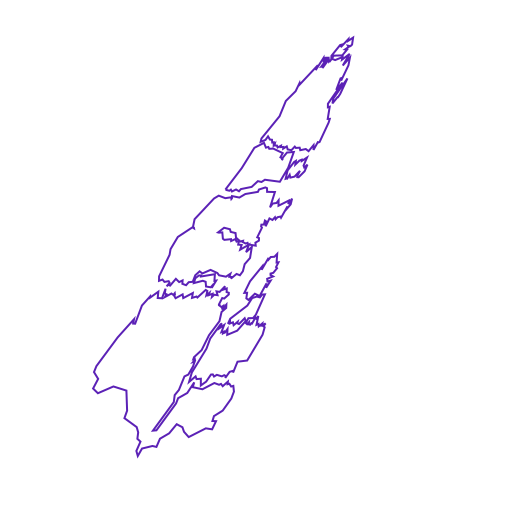 Aure nor, Møre og Romsdal, Norway (Natural Earth projection), rotated 131°
{"feature_id": "86288312B29042304945393", "entity_name": "Aure nor", "entity_type": "district", "adm_level": 2, "iso_a3": "NOR", "parent_name": "Norway", "parent_adm1": "Møre og Romsdal", "projection": "natural_earth1", "projection_center": [8.387, 63.283], "detail": "fine", "context": "isolated", "style": "outline", "palette": "violet", "viewbox_px": 512, "rotation_deg": 131, "n_neighbors": 0, "source": "geoboundaries", "source_scale": "gbopen_adm2", "svg_char_len": 6108}
<svg xmlns="http://www.w3.org/2000/svg" viewBox="0 0 512 512"><g transform="rotate(131 256 256)"><path d="M415.6,175.4L406.9,177.8L409.1,180.6L404.4,182.7L394.5,179.7L379.8,181.1L372.8,183.7L368.9,187.9L370.8,189.1L369.9,192.3L371.4,193.3L369.3,194.8L376.1,195.7L375.5,198.5L377.4,199.4L379.2,204.1L391.7,209.0L396.5,217.7L391.9,219.7L404.5,218.0L414.4,221.5L419.7,219.6L452.9,216.8L455.4,219.2L420.2,222.2L414.3,226.1L407.7,226.3L393.8,231.0L389.9,229.3L380.6,231.1L375.9,233.0L377.3,233.9L374.5,233.9L373.7,234.9L375.0,235.6L373.0,236.4L362.7,235.3L346.6,239.5L329.2,240.8L320.8,245.3L314.8,244.4L312.1,246.5L318.7,246.6L315.4,248.1L317.2,248.6L317.4,251.4L316.0,251.7L316.6,251.7L317.0,252.1L316.9,252.2L309.9,253.9L309.0,252.1L302.9,251.3L301.6,252.4L302.5,254.5L299.7,256.8L302.6,258.5L299.1,259.5L307.0,259.9L308.6,262.6L310.8,259.3L312.6,262.1L315.8,262.4L313.0,264.0L316.6,266.0L314.3,267.0L318.3,267.6L314.3,269.8L314.6,271.7L325.8,273.0L325.6,274.3L329.6,276.8L325.4,279.4L335.5,283.3L333.1,286.2L340.6,289.0L339.6,291.9L338.4,291.8L337.4,292.9L339.6,292.8L339.8,295.2L346.7,297.8L343.6,298.4L344.1,300.3L340.0,302.8L349.6,299.2L352.2,302.6L347.0,306.3L356.9,308.6L356.0,309.4L368.2,309.6L386.4,302.8L387.6,304.4L383.7,306.6L408.2,307.0L443.8,304.2L449.9,302.1L452.3,294.5L462.9,292.0L463.3,285.3L448.0,278.0L442.6,265.5L457.3,251.8L464.7,248.9L463.4,233.8L466.4,229.2L471.8,225.6L471.9,221.4L481.6,218.4L484.5,214.0L476.1,215.7L467.3,209.5L465.4,205.9L456.9,208.6L446.8,205.2L435.0,205.5L433.5,199.2L435.9,195.0L436.8,188.0L419.0,180.8L415.6,175.4ZM223.4,272.5L223.2,270.6L227.3,268.2L218.8,270.5L218.0,267.2L214.3,267.1L215.4,265.3L212.6,265.2L210.2,263.4L210.7,262.2L197.9,264.8L199.6,263.7L194.3,263.7L189.0,266.4L195.6,265.7L192.6,267.6L203.3,272.0L199.1,275.5L202.5,275.3L205.5,277.8L210.1,277.3L195.3,283.7L200.3,289.7L197.6,292.2L198.1,293.9L203.9,297.4L206.3,296.6L216.2,304.7L222.8,306.9L226.5,313.4L228.3,312.0L229.1,312.0L228.0,313.3L232.5,317.1L234.9,323.7L240.1,325.4L268.5,326.5L276.0,322.3L275.4,321.4L275.8,320.9L276.1,322.8L292.9,327.5L306.9,325.0L311.8,322.0L334.9,315.8L338.4,312.9L335.1,311.1L335.6,308.1L332.3,305.4L332.9,303.6L337.5,303.6L335.1,303.2L334.7,301.4L325.8,301.5L326.1,296.9L322.6,295.4L325.3,293.3L323.9,289.6L319.9,289.6L317.0,286.8L310.4,289.2L304.6,288.5L304.3,285.0L296.3,281.2L294.2,274.0L294.8,271.2L291.3,265.1L286.2,263.7L289.2,262.5L287.8,260.6L289.5,260.1L282.3,258.9L281.1,255.5L276.1,255.9L269.6,259.2L261.4,259.2L251.9,265.1L259.6,266.0L252.1,268.8L261.6,272.1L257.1,274.1L259.1,276.9L255.8,278.8L257.9,280.1L256.8,282.7L261.0,284.6L259.7,285.9L264.6,290.5L264.7,292.3L260.3,296.9L262.7,299.3L263.1,300.1L255.6,298.6L252.9,293.2L254.4,290.9L252.1,286.5L255.2,283.2L255.4,277.4L253.1,275.8L254.2,275.3L253.3,271.9L251.6,271.0L252.4,269.5L248.4,263.0L246.3,265.2L242.5,263.9L240.5,265.5L241.1,267.3L230.7,270.1L230.3,271.6L228.8,272.5L227.1,270.7L223.4,272.5ZM138.2,282.2L128.7,284.2L129.6,283.5L128.3,282.8L107.7,288.7L104.1,290.3L105.5,291.8L95.0,298.3L96.6,299.3L93.9,301.6L68.3,304.4L78.0,304.4L66.5,308.7L65.3,308.1L67.8,306.8L51.5,311.3L44.6,315.3L55.3,315.5L42.0,317.9L51.4,319.9L49.1,321.2L56.2,324.8L57.4,328.1L58.1,328.0L61.4,328.4L59.8,330.1L70.5,329.1L68.8,330.1L70.1,331.0L59.3,331.9L60.8,333.6L63.0,333.0L64.1,333.2L62.1,335.0L76.6,332.9L71.4,334.5L97.8,335.5L96.9,336.6L105.7,334.2L119.4,335.2L135.1,329.9L163.7,329.0L166.8,327.4L162.2,325.0L157.8,325.4L159.0,321.9L157.8,320.2L159.7,318.2L158.5,317.2L160.8,315.3L159.1,315.3L160.5,314.5L158.9,312.6L159.9,310.9L156.4,309.5L157.6,308.8L155.7,306.9L157.1,305.9L153.1,304.7L154.8,302.0L152.9,298.7L148.0,298.5L148.3,296.8L145.6,294.1L147.1,292.0L142.6,288.6L142.4,285.1L134.6,285.3L138.2,282.2ZM340.7,194.1L311.1,199.4L304.1,202.7L304.2,204.3L300.6,204.5L304.5,206.1L302.8,207.0L307.3,207.8L305.6,209.6L307.6,210.5L299.8,214.8L303.1,214.8L302.7,216.1L310.5,214.5L308.9,215.6L311.6,215.3L312.4,216.7L310.6,217.9L313.3,218.0L313.3,219.8L307.9,220.9L304.8,217.5L300.4,217.6L279.1,224.1L281.0,226.0L284.7,225.9L286.1,228.8L290.3,231.3L299.1,230.0L320.2,234.3L325.6,232.7L322.7,232.5L324.0,231.4L321.2,229.9L322.9,227.5L317.8,226.7L319.1,226.1L318.5,224.2L310.4,223.7L311.8,221.1L324.7,221.2L334.4,226.0L329.8,229.6L334.2,229.2L335.3,229.8L332.7,230.3L335.8,230.4L335.0,231.3L336.3,232.1L329.0,234.8L334.1,236.1L329.3,237.6L330.9,237.9L348.3,236.4L358.4,232.6L386.0,228.0L394.9,223.9L386.5,222.6L387.9,220.1L384.8,217.1L389.9,212.7L383.5,211.2L375.0,212.2L373.7,210.9L374.5,208.6L371.4,207.6L369.2,202.8L366.8,201.8L366.4,199.9L368.2,199.2L360.7,199.9L357.6,197.9L359.0,196.8L347.9,200.6L340.7,194.1ZM184.3,286.7L168.3,289.6L152.7,295.7L157.6,300.5L164.7,300.3L165.5,299.5L166.8,299.5L165.2,299.9L165.5,302.3L160.8,303.3L163.6,313.4L166.4,316.3L165.6,318.2L167.7,319.6L165.4,324.2L175.4,328.2L199.1,324.4L225.9,322.7L224.6,322.4L225.6,321.6L224.2,318.9L222.4,318.5L223.1,316.5L218.9,314.7L218.3,311.3L215.4,311.3L206.7,304.6L198.3,303.7L196.5,300.4L192.6,299.3L184.3,286.7ZM273.3,227.5L265.0,228.8L267.7,230.6L265.9,232.6L260.2,229.7L260.8,232.6L259.7,233.5L257.4,231.9L251.4,232.1L251.2,233.6L246.0,234.9L247.4,236.2L240.5,241.4L244.5,241.6L247.1,244.2L252.1,244.1L249.1,245.3L262.7,242.7L259.9,244.5L279.0,243.9L291.5,240.6L289.6,238.6L294.3,235.5L294.1,232.9L285.2,232.1L283.8,227.0L269.8,230.1L273.3,227.5ZM160.2,274.9L153.3,277.1L157.5,277.7L156.6,279.4L148.2,282.1L154.3,283.8L153.3,284.7L155.5,285.8L161.2,286.3L158.1,288.3L160.0,288.9L170.7,288.3L178.3,284.3L177.0,283.5L178.0,283.1L172.6,283.9L174.3,281.5L170.8,279.0L162.9,278.7L168.2,277.5L169.4,276.6L168.6,275.5L160.2,274.9ZM309.1,268.5L300.6,269.9L302.0,271.1L296.7,275.1L307.6,284.1L306.7,284.7L308.1,286.3L312.6,287.2L317.2,285.1L309.6,279.9L308.5,277.1L311.8,273.7L309.3,269.6L307.5,269.6L309.1,268.5ZM48.0,322.5L40.6,322.7L41.6,324.3L37.5,323.2L37.0,324.7L35.7,322.4L33.4,322.2L27.5,326.0L33.2,327.6L31.7,328.6L42.8,329.0L40.1,329.9L41.6,330.9L55.4,330.4L58.2,328.2L53.7,328.7L48.0,322.5ZM83.1,298.2L78.4,298.8L62.0,303.5L86.3,301.0L90.7,298.4L81.9,298.7L83.1,298.2Z" fill="none" stroke="#5b21b6" stroke-width="2"/></g></svg>